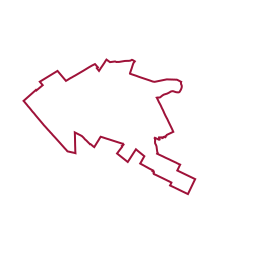 outline of Mihail Kogalniceanu, Ialomita, Romania, rotated 325°
{"feature_id": "2599482B73774561478339", "entity_name": "Mihail Kogalniceanu", "entity_type": "district", "adm_level": 2, "iso_a3": "ROU", "parent_name": "Romania", "parent_adm1": "Ialomita", "projection": "orthographic", "projection_center": [27.746, 44.645], "detail": "fine", "context": "isolated", "style": "outline", "palette": "rose", "viewbox_px": 256, "rotation_deg": 325, "n_neighbors": 0, "source": "geoboundaries", "source_scale": "gbopen_adm2", "svg_char_len": 4504}
<svg xmlns="http://www.w3.org/2000/svg" viewBox="0 0 256 256"><g transform="rotate(325 128 128)"><path d="M129.5,199.2L131.1,202.0L136.1,211.0L139.2,216.5L151.3,209.7L153.7,208.4L144.0,191.1L149.7,187.9L149.3,187.3L148.7,186.2L148.1,185.2L147.6,184.1L147.1,183.3L146.7,182.6L146.3,181.9L144.7,179.1L144.0,177.8L143.6,177.1L141.7,173.9L140.3,171.3L139.3,169.6L138.2,167.7L137.1,165.7L137.3,165.6L137.5,165.6L137.8,165.7L138.0,165.6L138.0,165.4L138.1,165.1L138.2,164.5L138.5,163.9L139.3,162.3L139.6,161.7L140.5,160.0L140.8,159.4L140.9,159.0L141.1,158.4L141.3,157.2L141.4,156.2L142.2,154.8L142.7,154.2L143.0,153.9L143.6,152.8L143.8,152.5L143.9,152.3L144.1,151.4L144.0,150.7L146.6,155.3L147.1,155.6L147.3,155.6L147.6,155.0L147.8,154.4L147.9,153.6L148.0,153.5L150.1,154.9L150.2,155.0L150.2,155.3L150.3,155.3L150.6,155.3L150.8,155.4L150.9,155.5L150.9,155.8L150.7,155.8L150.6,156.0L151.0,156.1L151.4,156.1L151.5,156.1L151.6,155.9L151.8,155.7L152.0,155.7L152.1,155.8L152.3,155.9L152.6,156.0L152.9,156.3L153.1,156.8L153.2,157.0L153.3,157.0L153.5,156.2L154.3,156.2L154.7,156.3L154.9,156.4L155.3,156.1L155.8,155.9L162.9,157.1L163.3,155.1L163.6,153.5L164.2,149.7L164.7,146.6L165.2,143.8L165.4,142.6L165.4,142.2L165.8,139.1L165.9,138.8L165.9,138.4L166.1,137.5L166.3,136.2L166.4,135.9L166.5,135.5L166.5,135.3L166.6,134.9L166.7,134.3L166.8,134.0L166.9,133.4L167.0,132.9L167.0,132.6L167.1,131.8L167.3,130.6L167.6,129.1L167.7,128.6L167.8,127.9L168.0,126.3L168.2,124.3L168.6,122.3L168.7,121.4L168.9,120.4L169.0,119.9L169.0,119.7L169.7,120.0L170.1,120.3L170.7,120.7L171.2,121.0L171.3,121.1L171.6,121.2L171.8,121.3L172.5,121.3L173.3,121.2L175.0,121.1L176.5,121.2L179.9,122.3L182.0,122.6L184.0,122.7L184.8,123.0L185.5,123.3L185.9,123.6L186.2,123.9L187.5,125.7L188.1,126.4L189.5,127.6L190.1,127.9L190.5,128.0L190.8,128.0L191.2,127.9L193.4,126.9L194.7,126.0L195.2,125.6L195.7,125.1L196.2,124.3L196.4,123.9L196.5,123.4L196.6,122.6L196.9,122.1L197.3,121.3L197.5,121.0L198.0,120.7L196.1,117.0L195.8,116.6L195.7,116.4L195.0,115.9L189.1,111.5L187.9,110.6L187.6,110.4L187.4,110.3L177.3,105.9L176.4,105.5L176.0,105.2L175.5,104.7L174.9,104.1L173.0,101.4L167.8,94.4L166.2,92.2L164.7,90.0L162.7,87.3L160.8,84.7L160.9,84.4L164.3,81.9L164.9,81.5L167.1,79.8L167.5,79.5L167.9,79.2L169.3,78.2L169.7,78.0L169.9,77.9L170.3,77.7L170.6,77.7L171.2,77.5L171.8,77.3L171.1,75.7L170.7,75.0L170.6,74.8L170.5,74.7L170.3,74.4L168.6,74.2L167.1,73.4L164.4,71.6L163.9,71.3L163.3,71.0L159.3,69.1L158.7,68.8L156.4,67.3L155.6,66.1L151.0,63.7L149.6,59.6L148.0,60.2L146.2,61.0L143.1,62.2L139.9,63.4L138.5,64.0L137.0,64.6L136.9,62.9L136.8,61.1L137.5,61.1L138.1,61.1L138.1,60.9L138.1,60.6L138.0,60.1L137.9,59.5L137.8,58.1L137.6,56.7L134.3,56.2L131.0,55.9L127.8,55.7L124.6,55.5L119.6,55.1L114.6,54.7L113.0,54.5L110.4,54.3L110.2,54.2L109.3,54.1L108.4,54.1L107.5,54.0L106.6,54.0L105.5,53.9L104.4,53.8L104.2,53.8L103.0,40.8L82.3,39.5L82.7,44.0L77.1,44.5L74.4,44.7L74.4,44.0L72.0,44.3L58.0,45.9L58.2,47.5L58.3,49.0L58.5,51.0L58.6,53.0L58.8,54.4L59.0,57.0L59.1,59.2L59.2,60.3L59.4,61.6L59.5,62.9L59.6,64.8L60.0,69.2L60.6,75.9L60.7,77.4L61.0,79.5L61.2,81.2L61.5,83.8L61.7,85.1L61.8,85.8L61.9,87.0L62.2,88.8L62.3,90.2L62.5,91.7L62.8,93.8L63.7,101.1L63.9,102.8L64.1,104.5L64.3,106.1L64.5,108.0L64.8,110.1L64.9,110.8L65.0,112.3L65.1,112.5L68.3,116.0L69.6,117.4L70.5,118.5L71.7,116.5L73.5,113.8L74.6,112.1L75.6,110.6L77.9,107.2L79.7,104.5L81.9,101.1L83.8,104.7L85.0,106.9L85.3,107.6L85.6,108.1L85.6,108.3L85.9,109.6L86.1,110.8L86.1,111.2L86.2,111.8L86.2,112.5L86.4,113.2L86.5,113.5L86.8,114.8L86.9,115.6L87.1,116.7L87.3,118.0L87.5,118.8L87.5,119.4L87.8,119.5L88.0,119.6L88.2,120.2L89.0,123.2L89.4,124.3L93.8,122.4L96.9,121.1L99.3,120.0L100.6,119.5L102.1,121.4L104.7,124.9L104.9,125.1L109.3,130.9L114.7,138.0L114.8,138.0L114.8,138.5L114.9,139.0L114.4,139.2L113.5,139.2L113.2,139.2L112.9,139.2L112.7,139.2L112.7,139.3L112.7,139.8L112.6,140.0L109.3,141.0L104.4,142.6L106.8,150.6L108.3,155.7L112.0,154.2L118.1,151.7L122.3,150.0L122.6,151.3L123.9,155.9L124.3,157.3L125.2,160.5L121.4,162.3L120.7,162.7L117.6,164.1L122.1,173.3L124.3,177.4L124.2,177.5L123.9,177.5L123.8,177.4L123.6,177.2L123.4,177.2L123.3,177.3L123.2,177.4L123.3,177.6L123.5,178.0L123.7,178.3L123.9,178.8L124.0,178.9L124.0,179.0L123.8,179.2L123.7,179.3L123.5,179.5L123.4,179.6L123.2,179.7L123.0,179.8L122.9,179.9L122.8,180.0L122.8,180.6L122.9,180.8L123.9,182.4L125.9,186.0L127.7,189.2L130.0,193.4L132.3,197.6L131.9,197.9L131.0,198.4L129.7,199.1L129.5,199.2Z" fill="none" stroke="#9f1239" stroke-width="2"/></g></svg>